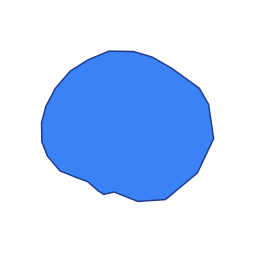 Aba, Orientale, Democratic Republic of the Congo, rotated 224°
{"feature_id": "63176286B20411552692002", "entity_name": "Aba", "entity_type": "district", "adm_level": 2, "iso_a3": "COD", "parent_name": "Democratic Republic of the Congo", "parent_adm1": "Orientale", "projection": "orthographic", "projection_center": [30.241, 3.859], "detail": "fine", "context": "isolated", "style": "filled", "palette": "blue", "viewbox_px": 256, "rotation_deg": 224, "n_neighbors": 0, "source": "geoboundaries", "source_scale": "gbopen_adm2", "svg_char_len": 439}
<svg xmlns="http://www.w3.org/2000/svg" viewBox="0 0 256 256"><g transform="rotate(224 128 128)"><path d="M93.5,72.4L69.9,82.0L51.3,102.6L46.9,143.8L59.0,179.8L86.5,201.0L104.4,206.1L138.0,201.3L159.9,195.8L177.2,186.8L195.1,170.1L204.0,149.5L209.1,129.0L207.9,106.5L202.1,86.5L193.8,71.7L180.4,58.2L166.3,51.8L147.2,49.9L129.9,56.9L119.7,61.4L105.6,62.1L99.3,63.4L93.5,72.4Z" fill="#3b82f6" stroke="#1e3a8a" stroke-width="1.5"/></g></svg>